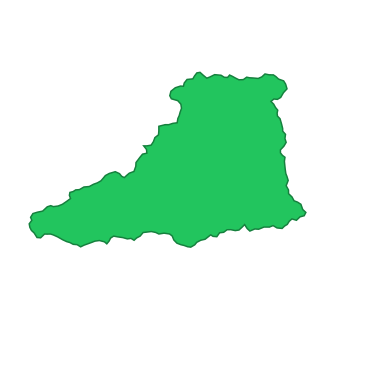 outline of Igaratá, São Paulo, Brazil, rotated 226°
{"feature_id": "56859067B80175749845974", "entity_name": "Igaratá", "entity_type": "district", "adm_level": 2, "iso_a3": "BRA", "parent_name": "Brazil", "parent_adm1": "São Paulo", "projection": "mercator", "projection_center": [-46.144, -23.122], "detail": "fine", "context": "isolated", "style": "filled", "palette": "green", "viewbox_px": 384, "rotation_deg": 226, "n_neighbors": 0, "source": "geoboundaries", "source_scale": "gbopen_adm2", "svg_char_len": 2686}
<svg xmlns="http://www.w3.org/2000/svg" viewBox="0 0 384 384"><g transform="rotate(226 192 192)"><path d="M272.2,50.0L266.9,48.9L264.2,51.3L264.2,56.7L262.1,58.8L260.1,61.0L257.5,62.4L253.0,64.2L247.5,65.8L243.3,67.4L240.6,69.0L236.9,70.2L233.9,72.8L229.9,73.8L228.8,77.3L226.8,81.7L225.3,85.1L224.1,88.0L221.4,91.7L217.0,94.4L213.9,94.7L214.3,98.3L215.4,101.4L214.7,105.0L211.6,107.2L207.2,110.6L203.2,112.9L201.0,115.9L197.5,116.8L197.4,120.3L196.3,124.1L196.8,128.7L194.6,131.6L191.8,135.3L188.1,137.8L184.8,139.0L181.8,143.3L177.4,146.7L174.1,147.2L170.1,145.6L165.7,145.6L161.8,147.4L159.0,149.2L155.7,150.8L153.2,152.8L152.1,157.3L152.5,160.5L151.2,164.8L148.9,168.6L148.5,172.5L148.2,175.7L145.5,176.3L142.6,178.8L143.5,183.5L141.0,186.8L140.5,191.0L138.0,193.7L134.2,196.3L132.0,199.4L131.9,203.9L132.0,207.2L127.4,206.3L123.7,206.5L121.8,211.5L118.9,214.1L116.8,219.4L113.0,223.3L111.5,227.0L107.1,228.2L103.2,231.5L103.2,235.0L102.5,238.0L103.4,241.6L103.2,245.2L99.1,247.5L99.1,252.4L97.0,256.2L98.2,259.7L102.5,259.5L107.5,261.8L111.4,260.9L114.8,259.3L119.0,260.5L123.7,260.3L126.4,262.8L131.1,264.1L133.5,269.2L137.0,271.0L140.1,272.3L143.8,275.0L147.5,277.9L149.9,279.8L152.4,283.0L155.5,282.5L158.7,282.8L160.9,284.9L161.1,289.9L162.3,294.2L165.9,296.0L168.5,299.3L172.7,299.5L174.8,301.4L178.6,303.6L183.5,306.2L187.2,306.2L189.6,308.0L191.3,310.5L194.9,310.8L198.5,311.8L202.3,311.7L202.0,315.5L199.3,317.8L198.4,321.5L199.9,326.7L200.2,332.0L204.6,334.3L208.3,335.1L213.1,332.7L216.9,332.5L219.7,331.9L222.7,328.9L226.2,326.5L226.3,322.2L227.7,318.5L231.3,315.4L234.1,312.8L236.6,311.1L237.2,307.0L240.1,303.7L243.8,302.4L247.1,301.4L250.0,300.3L249.7,297.2L252.1,294.9L255.8,294.0L260.7,289.8L262.3,284.8L263.6,281.7L268.1,281.2L272.5,280.9L274.3,278.2L273.7,274.3L272.8,271.2L274.6,268.9L276.4,266.6L275.8,262.1L274.0,259.3L276.2,257.3L278.6,252.4L279.1,246.8L276.7,242.9L273.4,241.9L267.6,245.2L262.9,245.0L259.5,242.6L257.6,238.8L255.8,235.8L254.7,232.9L252.1,229.4L254.7,225.9L256.6,222.0L259.1,219.4L260.6,216.8L262.3,213.8L259.0,210.6L256.4,207.6L256.9,203.1L255.0,199.2L254.1,195.1L256.6,191.5L258.7,189.3L254.2,188.8L251.3,186.5L253.6,182.7L253.1,178.5L252.1,172.2L249.5,169.4L247.1,164.5L249.1,160.0L249.3,156.8L249.4,153.3L252.2,152.3L255.6,152.6L259.9,150.9L262.8,145.4L264.0,141.1L263.6,137.7L263.3,134.2L264.3,130.3L266.0,126.5L267.3,121.9L270.7,117.7L271.9,112.7L274.3,109.8L274.9,106.8L276.5,103.9L274.8,101.5L271.7,100.1L272.3,95.5L273.2,90.2L274.9,86.0L277.8,82.1L280.3,80.9L281.9,77.6L282.0,71.3L284.8,66.9L287.0,62.6L285.9,58.3L282.9,57.1L282.2,52.8L279.2,50.8L275.9,49.8L272.2,50.0Z" fill="#22c55e" stroke="#15803d" stroke-width="1.5"/></g></svg>